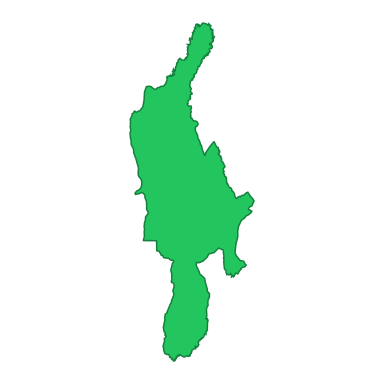 outline of Formosa, Goiás, Brazil
{"feature_id": "56859067B22046801738806", "entity_name": "Formosa", "entity_type": "district", "adm_level": 2, "iso_a3": "BRA", "parent_name": "Brazil", "parent_adm1": "Goiás", "projection": "equal_earth", "projection_center": [-47.205, -15.286], "detail": "fine", "context": "isolated", "style": "filled", "palette": "green", "viewbox_px": 384, "rotation_deg": 0, "n_neighbors": 0, "source": "geoboundaries", "source_scale": "gbopen_adm2", "svg_char_len": 5945}
<svg xmlns="http://www.w3.org/2000/svg" viewBox="0 0 384 384"><path d="M247.8,192.2L246.2,192.9L243.7,195.2L241.5,195.6L240.5,196.8L239.7,196.4L238.0,197.1L236.7,198.6L236.1,198.4L234.8,196.2L234.4,193.7L233.2,191.7L231.9,191.0L232.0,190.1L231.2,188.2L229.1,187.1L227.5,183.5L226.8,183.5L226.3,177.6L225.6,177.4L225.7,176.8L224.4,176.1L224.6,175.0L224.3,174.0L223.6,173.8L223.4,172.5L224.2,171.5L223.3,170.8L223.5,168.4L225.0,166.6L223.0,162.4L221.4,160.8L221.6,158.2L221.0,157.8L220.9,156.5L220.4,156.6L220.2,155.7L218.9,154.9L218.4,153.8L219.1,153.6L219.1,151.8L219.7,151.9L219.5,150.4L218.7,150.2L218.2,147.6L216.6,146.9L214.1,141.8L213.6,142.0L210.1,146.2L205.7,152.7L205.1,155.3L204.5,155.2L202.4,149.8L201.4,145.4L200.2,144.2L200.4,143.6L199.1,140.0L198.0,138.5L197.5,135.0L195.3,130.5L195.5,127.1L197.5,125.6L198.0,124.2L197.7,122.7L196.4,121.3L193.2,120.6L191.7,118.0L191.0,117.9L190.3,116.8L190.9,116.2L190.5,113.3L191.3,112.0L190.6,109.8L191.4,108.3L191.4,107.2L191.0,106.0L189.3,106.4L187.4,104.7L187.4,103.8L188.0,103.5L187.7,102.9L188.3,100.5L190.4,99.0L190.5,97.3L189.8,97.1L190.3,96.1L190.2,94.9L192.0,94.1L192.1,93.3L190.3,91.4L191.3,88.6L190.0,86.9L190.2,86.2L189.7,85.6L189.7,84.6L190.3,83.1L190.2,81.6L191.6,80.1L192.3,80.1L192.1,79.3L192.8,79.1L193.3,77.6L194.2,77.2L193.9,76.3L194.3,75.5L193.8,74.9L196.0,73.4L196.7,71.9L196.7,70.4L197.6,69.5L198.2,66.3L199.4,66.5L200.7,63.4L201.4,62.9L201.4,61.3L202.0,61.3L201.8,59.6L202.9,58.9L203.1,58.2L203.6,58.5L204.3,58.1L204.2,56.6L204.6,55.9L205.7,56.4L206.0,55.1L206.7,54.3L207.4,54.0L207.7,54.7L207.2,55.2L207.7,55.4L208.6,53.4L208.2,52.9L210.0,51.7L209.4,49.2L210.6,48.1L211.5,48.5L212.1,47.7L212.3,45.9L211.1,44.2L210.1,44.9L209.6,44.2L209.8,43.5L211.1,43.2L212.3,42.3L212.6,41.0L213.2,41.1L213.3,39.7L212.6,39.3L212.1,37.6L213.1,37.2L213.6,38.2L214.4,36.6L212.7,35.6L211.8,33.9L212.4,32.4L212.8,33.0L212.7,29.8L211.9,30.1L211.6,29.2L211.1,29.7L210.6,29.3L210.3,27.7L210.9,25.6L210.1,25.3L208.8,23.7L208.2,25.1L206.1,23.8L202.8,23.0L200.0,26.3L199.6,25.7L199.3,26.3L198.5,25.4L198.0,25.9L197.8,25.1L198.4,24.5L196.7,24.0L195.6,25.1L195.7,26.9L194.5,27.8L195.3,28.6L193.5,31.1L194.2,31.6L193.1,32.5L193.1,33.3L192.6,33.1L192.9,34.5L192.1,36.2L192.4,38.5L192.1,39.3L191.0,38.2L190.2,38.8L189.7,38.4L189.5,40.0L190.2,39.8L190.4,43.4L189.8,44.5L187.8,44.5L188.9,45.3L188.3,45.5L187.9,47.1L187.4,47.3L187.9,49.6L187.4,50.0L188.1,53.9L187.1,54.0L187.8,55.4L186.8,57.4L185.9,57.6L186.2,58.3L185.8,59.0L185.3,58.6L184.4,60.2L182.3,60.2L180.0,58.4L179.2,58.8L178.1,60.3L177.9,62.4L176.7,63.0L176.5,66.0L175.5,67.0L175.6,68.7L174.9,71.4L174.3,71.0L174.1,69.8L173.5,69.0L173.3,69.9L173.8,70.2L172.5,71.4L174.5,74.0L174.1,74.9L173.6,75.2L172.5,74.1L172.5,75.9L171.7,76.3L170.5,75.0L169.9,76.4L169.2,75.9L167.6,76.3L167.3,77.0L166.7,77.2L167.1,78.2L167.1,80.3L166.1,81.9L166.2,83.2L164.6,84.7L163.9,86.2L160.8,86.4L159.1,87.5L157.6,87.7L155.8,89.3L154.7,89.3L152.8,88.2L151.5,86.8L149.2,86.2L146.4,86.6L144.5,92.0L144.1,99.8L142.9,106.8L140.0,110.5L136.2,112.3L134.8,111.1L134.1,111.4L133.3,113.3L132.2,113.6L132.1,115.6L130.3,119.1L130.2,120.1L130.7,121.7L130.3,122.6L130.5,125.0L130.1,126.5L130.8,130.1L130.0,132.9L130.5,138.5L131.1,140.6L131.2,144.5L133.5,149.2L133.7,152.8L135.8,158.4L138.5,168.0L138.1,173.5L138.5,176.0L141.2,179.5L141.8,182.3L141.6,185.6L140.8,188.0L139.2,189.8L136.6,191.1L135.0,193.3L135.5,194.4L139.0,193.7L141.6,192.5L143.0,192.9L144.9,195.3L145.0,197.7L146.5,201.6L146.7,209.7L148.4,212.6L147.7,214.2L145.6,216.7L145.4,220.1L144.5,222.7L144.1,227.3L144.6,228.2L144.2,231.8L144.4,236.9L143.7,238.8L143.5,240.6L156.5,240.7L156.8,250.8L159.2,251.3L161.4,255.4L162.8,255.6L163.7,257.7L168.5,258.3L170.6,260.0L171.9,260.4L172.6,260.0L173.3,260.4L173.5,261.3L173.5,262.1L172.5,263.2L170.8,270.3L171.7,273.6L171.8,279.1L171.3,281.6L171.6,282.5L173.2,283.0L174.1,284.6L174.0,287.0L172.9,290.4L173.9,294.8L171.7,300.2L171.1,303.1L170.5,303.7L167.0,312.2L167.1,312.9L165.4,314.0L165.2,314.7L164.7,318.4L164.9,319.6L163.3,327.6L164.2,331.9L165.2,332.8L165.0,334.9L165.6,334.8L165.9,336.8L164.2,339.0L164.6,340.8L163.5,344.3L163.6,345.5L163.1,345.8L163.4,347.9L163.8,348.4L163.6,349.8L164.7,353.3L166.9,354.6L168.1,354.3L169.6,355.6L169.6,357.0L170.0,356.8L172.0,359.4L172.3,358.8L173.5,360.9L174.4,361.0L174.9,360.5L174.5,360.2L174.7,359.5L175.2,359.7L175.6,358.8L176.3,358.6L176.3,356.7L176.9,356.9L176.8,356.2L178.2,356.1L178.3,355.2L178.9,354.8L179.3,355.4L179.6,354.6L184.0,357.1L186.6,355.9L187.2,356.2L188.2,355.8L188.5,356.2L189.4,355.4L189.7,356.0L190.2,355.6L190.3,353.9L191.2,353.4L191.1,352.4L191.7,352.1L192.0,350.2L194.6,348.5L195.5,348.8L195.6,347.1L195.2,346.6L195.7,346.2L196.6,347.3L197.8,346.6L198.8,344.7L198.3,343.9L198.6,342.8L198.2,342.3L199.3,340.2L199.8,340.5L200.0,339.7L201.3,339.3L201.2,338.2L202.0,337.7L202.5,338.1L203.8,336.6L204.8,334.1L205.9,334.5L206.1,331.7L206.8,331.2L207.3,329.8L207.5,322.4L208.1,320.4L207.7,319.5L207.4,320.2L206.0,318.6L206.6,318.1L206.3,317.5L206.8,316.3L206.5,309.2L206.8,307.7L208.1,305.4L207.8,302.1L208.2,299.7L209.4,297.3L209.4,293.5L207.2,291.1L207.3,289.1L205.5,283.0L204.6,278.3L199.6,273.7L199.4,272.2L196.3,265.7L196.4,262.4L198.7,262.8L203.0,261.1L207.3,257.0L208.7,254.0L214.1,252.6L218.6,248.1L223.1,250.0L223.5,250.8L223.3,252.8L224.1,256.7L223.5,257.2L224.0,260.9L223.7,261.7L224.4,268.7L226.1,271.1L226.1,272.7L226.9,274.7L227.7,274.2L228.8,274.9L229.5,274.4L230.4,274.5L230.8,273.8L231.5,275.5L231.5,276.8L232.5,275.7L233.3,276.9L234.3,276.0L234.3,275.1L234.8,274.9L235.7,273.1L237.9,273.9L239.3,271.2L241.2,269.0L240.9,268.4L242.8,267.2L244.9,266.8L246.2,265.1L245.1,264.1L243.8,261.3L240.1,260.5L236.1,255.4L235.0,252.6L235.9,244.4L237.8,236.5L237.7,231.4L238.4,226.8L241.3,220.4L244.8,217.8L245.8,216.2L249.0,214.5L251.7,211.8L251.7,211.0L248.5,209.4L248.7,208.2L249.9,206.7L251.9,205.9L254.0,201.0L253.1,199.2L250.3,196.1L247.8,192.2Z" fill="#22c55e" stroke="#15803d" stroke-width="1.5"/></svg>